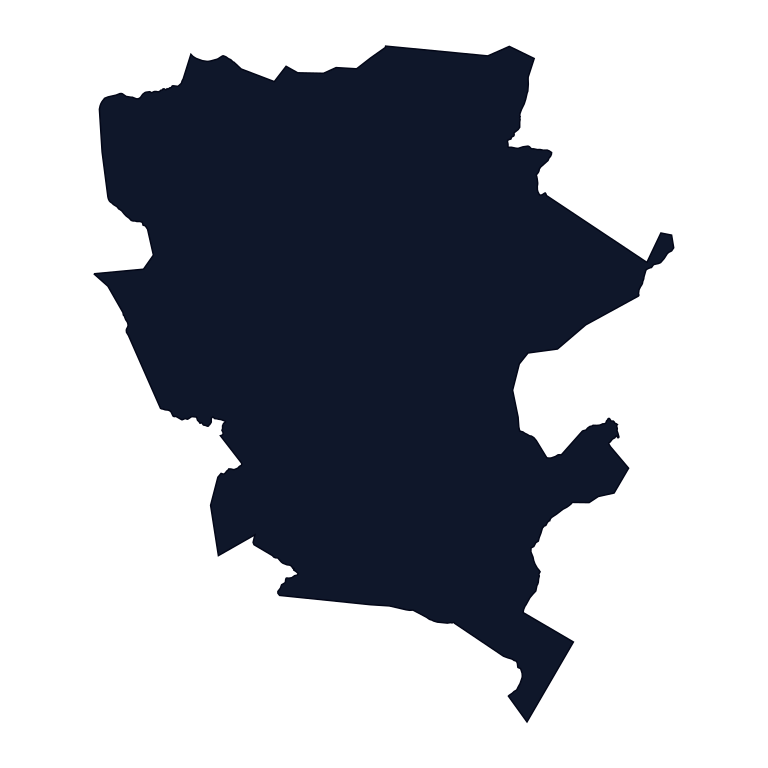 Distrito Central, Francisco Morazán, Honduras (Robinson projection)
{"feature_id": "27666195B1179860840093", "entity_name": "Distrito Central", "entity_type": "district", "adm_level": 2, "iso_a3": "HND", "parent_name": "Honduras", "parent_adm1": "Francisco Morazán", "projection": "robinson", "projection_center": [-87.243, 14.133], "detail": "fine", "context": "isolated", "style": "filled", "palette": "ink", "viewbox_px": 768, "rotation_deg": 0, "n_neighbors": 0, "source": "geoboundaries", "source_scale": "gbopen_adm2", "svg_char_len": 6044}
<svg xmlns="http://www.w3.org/2000/svg" viewBox="0 0 768 768"><path d="M94.3,274.2L107.9,286.2L123.1,312.8L123.1,313.7L123.5,315.3L124.2,315.8L125.7,319.7L127.2,321.8L127.8,323.4L128.1,325.3L127.8,326.7L126.5,329.2L126.3,330.1L126.5,332.3L128.5,335.6L160.5,408.3L161.5,408.8L163.1,409.1L165.1,409.8L168.0,410.1L169.5,410.6L171.0,411.8L172.8,415.6L173.2,416.2L174.2,416.6L175.4,416.4L176.3,416.6L181.7,419.7L182.4,419.7L185.0,418.6L185.9,418.7L186.9,419.1L187.7,419.2L191.7,416.6L196.1,417.0L196.8,417.8L197.5,420.2L199.2,421.9L200.0,423.2L200.6,423.1L201.2,422.7L201.7,422.7L203.4,425.0L205.8,425.5L207.3,426.2L208.1,426.2L208.6,425.9L208.9,425.2L209.7,424.6L211.1,422.5L211.3,421.7L211.2,419.8L211.3,418.6L211.9,417.5L212.5,417.0L213.1,417.1L214.7,418.6L217.0,418.8L218.4,419.2L221.1,419.6L224.8,421.0L225.4,421.6L225.3,422.3L224.4,422.7L223.5,423.6L222.5,426.0L222.6,426.8L222.5,429.1L221.9,430.2L223.0,432.4L223.1,433.3L223.0,434.1L222.4,435.0L220.4,435.7L241.5,463.0L241.7,463.8L241.7,464.5L241.2,465.6L240.2,465.9L239.2,466.6L237.7,468.2L234.5,469.5L233.4,469.6L231.0,469.0L228.8,468.9L228.0,470.1L226.6,471.2L225.5,472.8L224.2,473.9L223.2,474.1L221.1,473.4L217.9,477.2L210.6,505.3L218.4,555.6L254.9,534.8L253.1,542.4L254.0,544.7L272.3,555.5L273.8,557.1L275.5,557.8L277.7,557.9L281.4,562.1L282.9,563.2L287.0,564.8L289.6,565.1L290.7,565.6L291.7,566.5L292.9,568.3L294.0,568.4L294.1,568.7L293.6,569.7L293.7,570.0L296.0,571.5L298.1,573.4L297.5,575.0L294.6,575.7L291.8,577.7L288.9,578.2L286.7,578.0L286.1,578.3L285.7,579.4L285.4,581.8L285.2,582.5L284.5,583.1L281.6,584.8L280.4,588.2L277.9,591.4L277.9,593.2L279.6,595.4L370.3,604.7L389.3,605.9L406.2,609.8L409.7,610.3L413.0,610.1L426.6,617.3L429.4,619.3L430.5,619.7L431.5,619.9L433.6,621.0L437.3,622.1L447.4,623.1L450.5,622.6L452.0,622.9L453.4,622.5L454.2,622.5L454.6,623.3L503.5,656.2L507.8,657.8L511.6,658.9L513.1,659.7L514.1,660.5L515.6,660.8L516.7,661.7L517.4,663.5L517.8,667.2L518.2,667.6L520.3,668.4L520.8,669.1L522.1,673.2L522.3,676.1L522.1,677.6L520.1,683.5L518.3,686.7L516.9,689.6L516.2,690.3L514.2,691.4L512.2,693.3L509.2,695.3L508.4,696.1L527.0,721.9L573.4,642.0L523.2,612.6L523.3,611.1L523.7,609.3L525.0,606.2L526.0,604.8L529.9,597.7L533.0,594.0L534.7,592.2L535.8,591.0L536.9,585.6L537.7,584.2L538.3,582.2L538.6,578.8L539.3,576.0L538.8,574.1L540.1,571.8L538.9,570.0L537.2,568.0L534.9,563.9L533.7,560.6L533.0,557.1L530.9,551.9L531.0,548.2L531.3,547.8L533.8,546.5L535.8,542.7L538.3,541.1L539.2,537.6L540.9,533.2L542.4,528.1L544.4,525.8L545.5,525.6L545.9,525.3L547.4,522.4L549.3,520.5L549.7,520.7L550.5,518.6L551.8,517.3L556.9,513.9L562.8,509.3L566.8,507.2L568.9,505.7L571.0,504.0L572.3,502.4L589.1,502.6L598.3,496.5L614.1,493.0L628.6,468.2L610.6,446.9L608.9,444.2L608.7,443.5L609.0,442.8L610.2,441.9L612.4,439.1L614.8,437.8L615.9,436.1L616.4,436.0L616.9,436.1L617.2,436.9L618.0,437.8L618.7,437.5L618.9,436.9L618.0,433.5L617.0,430.6L617.3,428.5L616.6,425.9L616.9,425.1L617.4,424.6L616.4,423.8L615.0,423.3L614.0,421.7L613.1,421.0L611.6,421.2L611.2,421.1L609.5,418.6L609.0,418.4L608.5,418.5L607.9,419.0L607.4,420.1L606.5,421.0L605.9,422.9L605.1,423.5L604.0,423.8L602.8,423.8L600.4,424.9L599.2,425.2L596.7,425.4L593.0,425.3L592.1,426.0L589.8,426.5L587.7,428.0L585.9,430.1L583.3,430.7L582.4,431.1L561.0,455.2L560.2,454.7L558.1,454.8L555.4,456.5L551.1,458.0L548.9,458.1L546.8,457.8L536.3,440.6L533.9,437.7L531.4,436.1L529.5,435.8L527.2,434.4L524.7,433.2L522.9,431.9L520.1,431.2L519.4,429.8L518.8,426.9L518.1,417.1L512.6,390.2L519.3,363.9L528.0,353.0L557.5,349.0L585.7,324.9L638.5,296.0L638.9,295.1L638.5,293.6L639.0,289.8L640.4,286.9L641.7,284.9L642.4,283.5L642.8,281.3L643.7,279.0L644.0,276.8L645.9,270.2L646.7,269.4L647.9,268.7L650.0,267.8L651.5,267.5L653.2,265.1L653.9,264.5L658.5,263.5L660.6,262.6L664.1,258.6L667.1,253.9L668.6,252.4L671.6,250.9L673.7,247.8L671.6,235.1L660.9,233.0L646.9,262.4L546.4,195.5L546.0,194.1L545.3,193.0L544.7,193.1L542.3,194.7L541.2,195.1L540.1,195.1L539.3,194.5L538.0,192.0L537.4,189.9L537.3,186.2L537.6,184.7L537.7,183.1L537.2,178.9L536.8,176.7L536.4,175.5L536.4,174.8L538.2,172.6L539.0,170.9L539.3,169.1L540.6,167.1L548.0,160.5L549.0,158.1L550.5,156.4L551.4,154.4L551.6,152.5L549.2,150.9L547.2,150.1L543.4,150.2L540.0,149.5L537.4,149.6L533.6,148.8L531.6,148.8L531.0,148.4L529.4,146.7L528.0,146.1L523.0,146.8L518.1,148.4L515.9,148.2L511.6,147.3L508.4,147.3L508.0,146.7L508.0,144.2L507.5,141.6L507.6,140.7L508.0,140.1L508.9,139.6L510.8,139.1L511.1,138.6L511.3,137.8L511.6,137.1L513.7,136.0L514.2,134.9L514.0,133.6L514.2,132.7L518.2,129.5L519.7,127.3L519.7,121.9L520.1,119.6L519.7,117.5L520.1,117.0L520.2,116.6L519.7,115.5L520.0,113.5L521.5,109.4L524.2,103.9L525.7,99.2L527.1,93.1L527.8,91.2L528.3,84.1L528.1,79.1L528.2,77.0L534.2,58.5L509.3,46.4L487.8,55.9L385.6,46.1L385.3,47.5L370.5,58.0L356.6,68.8L336.1,67.6L323.5,73.3L297.7,72.8L286.1,66.3L274.3,81.6L241.2,69.0L233.8,62.1L233.1,62.0L231.0,59.9L229.6,59.1L228.8,58.9L225.9,56.8L223.6,55.9L223.0,55.8L222.2,56.1L219.5,57.8L218.2,58.7L217.1,59.2L210.9,60.9L208.7,61.3L207.1,61.4L202.4,60.7L196.3,58.5L194.6,57.5L192.7,56.2L190.9,54.3L183.2,78.9L182.2,80.7L181.3,83.4L178.3,86.1L177.5,86.3L173.4,85.8L172.3,85.9L171.3,87.5L169.8,87.8L168.1,89.1L167.1,88.7L166.3,89.5L165.7,89.7L165.2,89.6L164.3,88.9L163.3,88.9L162.7,89.2L162.1,90.0L161.5,90.2L160.9,90.2L160.3,90.9L158.4,91.9L156.3,91.5L154.6,91.5L153.8,91.7L151.8,92.7L151.1,92.5L149.8,91.7L146.0,92.2L144.9,92.6L142.7,94.3L140.4,97.6L138.3,98.8L136.3,98.8L132.3,97.2L130.9,97.2L126.1,96.4L122.4,93.8L121.2,93.5L119.9,93.6L116.1,95.1L108.1,96.9L104.8,98.2L104.3,98.5L104.0,99.3L103.1,100.2L102.0,101.7L100.9,103.7L100.1,105.9L99.4,109.2L102.1,152.0L107.9,196.9L108.4,198.9L109.3,200.8L110.4,202.0L111.9,203.0L113.4,204.5L117.0,206.7L118.8,209.0L119.4,209.2L121.7,210.8L124.2,213.9L126.2,216.0L129.2,218.2L131.2,220.4L133.1,221.0L135.1,221.0L136.8,221.5L139.9,221.5L141.6,222.0L142.2,222.4L142.5,222.9L143.1,225.2L144.9,225.7L145.5,226.1L147.6,229.3L153.4,255.1L143.5,269.2L94.6,273.7L94.3,274.2Z" fill="#0f172a" stroke="#020617" stroke-width="1.5"/></svg>